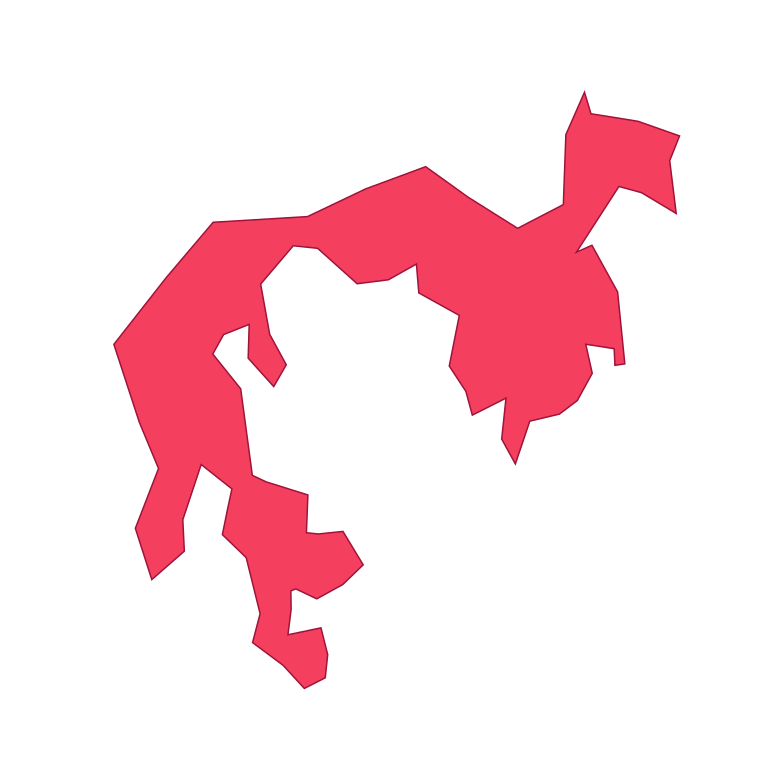 Sai Kung, Mercator projection, rotated 6°
{"feature_id": "HKG-5162", "entity_name": "Sai Kung", "entity_type": "state/province", "adm_level": 1, "iso_a3": "HKG", "parent_name": "Hong Kong S.A.R.", "parent_adm1": "", "projection": "mercator", "projection_center": [114.312, 22.352], "detail": "fine", "context": "isolated", "style": "filled", "palette": "rose", "viewbox_px": 768, "rotation_deg": 6, "n_neighbors": 0, "source": "natural_earth", "source_scale": "10m", "svg_char_len": 1161}
<svg xmlns="http://www.w3.org/2000/svg" viewBox="0 0 768 768"><g transform="rotate(6 384 384)"><path d="M552.9,72.9L561.6,93.6L609.2,96.2L652.0,106.4L644.8,132.0L656.8,183.9L620.1,166.8L597.0,163.0L561.6,232.8L576.3,224.3L606.7,268.0L621.4,338.8L611.7,341.3L609.2,324.8L580.5,323.4L590.0,351.6L578.0,380.2L561.6,395.6L532.9,405.7L523.0,449.8L506.8,426.5L506.8,385.3L475.1,405.7L466.2,382.8L447.0,359.3L451.7,307.9L409.1,289.8L403.7,261.3L377.5,279.9L346.8,287.1L303.8,256.0L279.3,256.0L250.9,297.5L265.1,346.5L284.8,375.1L274.6,398.1L246.2,372.5L243.7,338.8L219.3,351.6L210.6,372.1L242.0,403.8L262.6,488.6L276.8,493.6L319.9,502.3L322.4,540.0L334.4,540.0L358.6,534.9L382.2,566.0L364.0,587.7L339.6,604.7L317.7,597.0L313.0,599.5L315.2,617.7L314.7,643.4L346.8,633.1L356.3,659.0L356.3,682.3L336.6,695.1L313.0,674.3L280.3,654.9L284.8,625.4L265.1,571.1L239.0,550.7L241.5,524.7L243.7,504.2L210.6,483.2L198.1,540.0L202.9,571.1L173.5,602.8L151.8,553.5L168.6,491.6L144.7,447.7L111.2,372.8L156.6,300.5L197.2,241.0L290.4,225.5L345.3,191.9L402.7,163.5L448.1,189.4L500.6,215.2L543.6,186.8L538.8,117.0L552.9,72.9Z" fill="#f43f5e" stroke="#9f1239" stroke-width="1.5"/></g></svg>